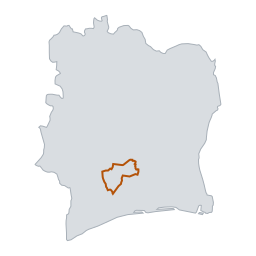 location of Fromager within Ivory Coast
{"feature_id": "CIV-3445", "entity_name": "Fromager", "entity_type": "Region", "adm_level": 1, "iso_a3": "CIV", "parent_name": "Ivory Coast", "parent_adm1": "", "projection": "natural_earth1", "projection_center": [-5.843, 6.159], "detail": "coarse", "context": "in_parent", "style": "outline", "palette": "amber", "viewbox_px": 256, "rotation_deg": 0, "n_neighbors": 0, "source": "natural_earth", "source_scale": "10m", "svg_char_len": 4032}
<svg xmlns="http://www.w3.org/2000/svg" viewBox="0 0 256 256"><path d="M54.0,35.2L54.9,35.2L57.3,34.4L59.4,32.6L61.4,28.9L64.0,25.9L67.0,26.1L67.9,25.5L69.0,25.4L70.3,27.4L71.5,28.9L72.4,28.9L73.1,31.8L78.6,33.0L80.9,33.8L82.9,35.9L83.6,35.9L84.4,35.5L85.1,34.7L85.2,33.9L84.4,32.1L84.7,30.4L85.6,28.9L87.0,28.8L89.2,28.3L91.6,28.3L93.4,28.6L94.2,27.1L93.5,22.9L93.7,20.5L94.0,18.6L94.6,17.8L97.4,20.2L99.8,21.1L101.6,21.2L102.1,20.7L101.4,18.0L101.6,17.2L102.2,16.7L103.4,16.5L106.6,15.4L106.9,15.6L107.5,19.8L107.2,21.2L107.9,24.1L108.7,26.8L108.7,27.9L108.0,29.6L107.2,31.1L107.3,31.7L108.5,32.8L110.9,33.8L113.5,34.1L114.8,32.5L116.3,31.2L117.3,30.1L117.7,28.4L119.2,27.2L123.8,25.6L128.0,25.4L129.0,25.9L130.9,28.3L133.3,29.9L136.9,29.7L139.6,30.6L141.9,32.4L143.4,36.4L145.1,39.3L145.8,43.4L148.5,45.6L150.5,46.6L153.4,49.6L156.3,51.1L159.3,50.8L160.7,52.3L163.0,53.4L165.2,53.5L167.2,50.1L169.8,48.7L176.4,45.9L179.0,44.7L181.7,43.9L188.0,43.6L193.9,44.5L196.9,45.1L198.9,44.7L200.8,46.3L202.8,49.7L204.4,50.8L206.1,52.0L207.3,54.7L208.7,57.4L209.5,58.6L211.3,61.3L212.8,61.3L214.3,60.2L215.0,59.3L215.3,61.1L214.7,63.9L214.8,65.7L215.6,66.3L215.2,68.6L213.5,72.5L213.5,74.7L215.2,75.5L216.4,77.9L217.2,82.0L217.9,83.4L218.0,84.2L219.3,94.3L220.9,104.3L219.9,105.6L218.5,106.0L217.6,106.5L217.4,107.4L218.0,108.8L217.6,110.0L215.9,110.9L212.2,114.1L212.0,115.4L211.0,118.1L210.2,119.8L209.0,122.8L207.1,131.0L206.4,137.7L206.3,139.8L205.6,141.3L204.7,143.3L200.7,149.1L198.7,153.9L199.0,155.9L199.1,158.0L198.5,159.5L198.6,163.5L199.1,166.8L199.8,170.1L202.7,179.4L204.2,185.0L205.2,189.5L206.0,192.6L206.8,193.8L207.1,195.0L211.4,195.8L212.2,196.5L213.4,202.4L213.2,205.1L212.4,206.1L212.4,208.4L212.2,211.2L211.6,212.3L209.2,212.5L207.6,213.5L205.4,213.1L205.2,212.4L204.0,212.1L200.8,210.5L201.3,205.4L199.9,205.2L198.7,205.9L196.5,212.0L195.4,213.1L179.4,209.9L176.0,207.4L171.8,206.8L164.6,207.1L158.6,207.8L156.9,209.4L172.0,208.5L173.6,208.7L174.3,209.6L155.3,211.6L148.0,212.8L145.9,212.5L144.3,210.5L136.4,210.3L134.8,210.9L133.8,212.4L136.9,212.1L141.8,212.0L143.1,213.1L127.8,214.6L117.1,217.3L112.6,219.4L97.8,226.1L88.7,229.3L86.3,230.5L82.2,233.8L76.9,235.9L71.0,239.8L67.4,240.6L66.5,239.4L66.5,232.8L66.0,224.0L66.1,220.7L66.6,217.5L66.6,214.9L68.4,213.9L68.9,212.8L69.2,209.4L70.9,206.3L70.9,200.8L71.4,199.7L71.8,198.3L71.1,194.7L70.1,188.0L69.7,187.6L69.3,187.8L68.3,188.0L64.6,185.6L61.7,185.2L59.7,183.3L59.6,181.0L58.6,179.7L57.9,177.1L56.9,174.1L54.1,172.3L51.4,171.8L49.5,172.2L47.3,172.1L44.8,171.1L43.0,170.0L41.4,167.8L39.8,166.0L38.6,166.3L37.1,165.8L35.6,165.0L35.1,164.4L41.3,157.5L43.4,154.1L43.7,152.0L43.7,149.9L44.3,147.7L44.5,144.4L41.1,132.5L40.3,128.8L39.4,127.7L38.8,127.3L40.5,125.8L42.9,126.2L46.5,127.4L47.3,126.2L50.1,120.2L50.0,117.9L49.7,116.4L51.4,112.2L52.6,110.6L53.3,108.9L53.1,106.6L52.1,105.7L50.9,105.9L49.3,105.3L47.0,103.9L45.8,102.7L46.2,97.3L46.4,95.6L47.2,94.6L48.5,94.3L52.1,94.2L55.1,94.8L57.6,95.2L59.0,95.2L60.1,96.8L61.6,98.4L62.9,98.4L63.3,97.2L63.0,91.8L62.2,89.0L60.2,86.2L55.1,83.9L55.0,80.6L55.5,77.1L56.6,75.7L60.4,73.5L59.8,72.3L58.6,71.0L56.2,69.7L56.7,65.4L56.8,61.6L54.8,62.1L52.7,62.3L51.0,61.1L49.5,58.8L49.3,52.5L49.3,45.2L49.0,41.9L49.6,40.2L51.4,38.6L53.3,36.5L54.0,35.2ZM203.3,213.2L202.5,214.6L198.5,213.7L199.4,212.5L203.3,213.2Z" fill="#d9dde1" stroke="#a8b0b8" stroke-width="1"/><path d="M130.3,159.7L132.4,159.8L132.5,160.7L132.8,160.9L134.5,160.9L135.6,161.6L135.4,162.9L134.7,164.0L135.6,164.5L135.1,166.1L135.5,166.7L135.5,168.3L136.2,169.5L136.7,169.6L137.8,169.2L138.4,169.4L138.4,171.8L137.5,174.7L135.4,174.1L129.6,176.5L122.8,175.5L121.7,178.2L122.0,180.6L121.2,182.4L121.0,183.9L118.5,186.1L112.9,193.8L112.5,193.1L112.4,191.9L111.2,190.3L110.5,189.7L109.6,189.7L107.8,190.2L106.9,187.9L106.1,186.8L105.7,183.9L104.3,181.8L103.1,178.7L102.7,177.1L102.3,171.6L105.8,170.5L108.1,170.5L110.2,168.6L111.5,169.2L112.7,167.0L113.2,164.0L122.4,165.1L123.3,164.9L129.4,160.1L130.3,159.7Z" fill="none" stroke="#b45309" stroke-width="2"/></svg>